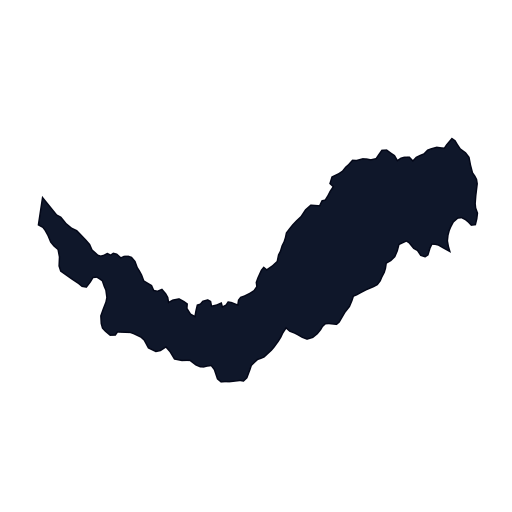 the district of Castelândia, Goiás, Brazil, rotated 3°
{"feature_id": "56859067B13965463256394", "entity_name": "Castelândia", "entity_type": "district", "adm_level": 2, "iso_a3": "BRA", "parent_name": "Brazil", "parent_adm1": "Goiás", "projection": "equal_earth", "projection_center": [-50.36, -18.152], "detail": "fine", "context": "isolated", "style": "filled", "palette": "ink", "viewbox_px": 512, "rotation_deg": 3, "n_neighbors": 0, "source": "geoboundaries", "source_scale": "gbopen_adm2", "svg_char_len": 3307}
<svg xmlns="http://www.w3.org/2000/svg" viewBox="0 0 512 512"><g transform="rotate(3 256 256)"><path d="M473.4,213.2L474.5,207.3L474.9,201.6L472.8,196.6L472.1,192.2L472.3,184.2L473.1,172.3L472.2,168.0L470.3,164.8L467.8,161.6L465.4,154.0L463.5,146.3L459.8,142.0L454.3,138.4L451.1,134.1L448.7,130.5L445.5,128.5L443.1,131.7L440.6,135.0L438.5,138.5L435.5,138.4L430.8,138.0L425.4,139.8L421.9,141.3L418.4,145.3L414.9,146.9L410.9,149.1L407.7,152.9L403.9,149.3L398.8,149.7L395.6,150.8L392.2,153.4L389.0,148.5L385.3,146.3L380.9,143.4L376.2,143.9L373.1,148.8L370.9,152.5L365.6,154.0L361.5,153.4L357.5,153.4L351.4,155.4L347.4,155.4L343.6,160.1L341.0,162.6L338.0,166.8L334.4,169.5L327.8,173.1L326.1,179.8L329.6,182.7L326.7,187.6L324.8,191.9L322.2,196.6L319.1,197.4L316.9,202.6L308.1,202.4L303.1,207.3L299.0,214.3L294.6,218.9L291.1,223.0L288.0,227.3L285.2,231.4L284.5,236.0L283.4,240.3L281.6,244.4L280.2,250.0L278.5,253.7L277.5,260.4L273.0,265.0L267.4,269.3L264.3,267.0L262.2,269.9L260.7,273.7L259.1,277.8L257.7,282.4L258.5,286.5L255.9,290.7L251.9,293.6L246.6,296.6L242.9,298.1L240.9,301.0L240.4,306.0L233.9,303.8L230.6,303.4L228.7,306.6L225.1,308.7L223.8,304.8L219.4,307.0L214.2,308.5L213.0,303.8L210.1,302.4L205.3,304.0L203.0,307.0L200.0,308.1L199.0,313.5L198.2,319.7L193.6,317.5L189.7,312.0L189.8,307.5L186.4,305.3L181.4,302.9L175.3,304.4L171.1,307.0L170.0,302.0L167.7,298.4L163.8,294.3L159.5,296.4L155.6,295.8L153.2,291.0L148.6,288.6L145.2,286.8L142.7,281.0L140.3,277.1L137.9,273.7L135.4,267.8L131.7,263.9L128.4,263.0L124.4,263.3L121.1,265.0L116.8,261.5L113.4,260.8L110.8,262.8L107.4,261.3L104.1,263.3L100.9,264.3L97.9,263.5L95.3,261.3L91.9,258.6L89.2,253.2L85.5,249.4L79.7,243.9L75.6,240.1L70.3,237.9L64.5,233.6L62.2,231.0L59.0,227.5L54.7,225.5L39.8,208.9L37.1,236.3L41.7,238.5L44.0,241.2L47.2,246.3L50.3,252.8L53.7,256.5L58.0,259.8L59.8,267.2L59.9,276.3L61.8,281.3L73.7,288.8L80.3,292.7L83.9,295.4L88.2,295.9L91.9,290.5L94.3,286.0L98.2,285.4L100.9,286.9L103.9,288.8L106.1,294.3L107.9,297.9L109.3,305.3L108.6,309.9L106.2,317.2L104.2,323.9L105.0,331.5L106.5,336.0L109.5,338.9L114.5,342.7L119.6,342.3L121.6,339.1L134.6,338.9L137.9,339.9L145.4,343.0L148.8,345.8L153.4,353.4L161.0,356.6L165.5,355.4L170.8,351.5L175.2,356.0L180.0,363.1L187.4,364.2L192.2,363.8L195.6,363.7L201.7,367.9L206.1,369.5L209.5,369.5L212.7,368.5L217.1,367.7L220.4,371.6L224.0,380.7L227.7,383.5L231.7,383.0L236.0,382.9L246.6,381.1L250.0,381.5L253.2,378.1L255.9,369.6L257.0,365.5L259.8,362.4L263.0,359.2L266.2,357.9L269.3,356.4L272.3,353.3L276.2,349.3L278.6,346.2L282.8,339.7L284.9,335.9L286.7,331.5L289.8,326.2L293.7,329.3L298.6,330.9L301.7,332.3L306.4,334.7L311.3,336.3L316.9,334.3L321.2,330.4L324.3,326.2L326.0,322.9L328.8,320.0L332.3,319.6L340.0,320.0L342.5,317.6L347.7,307.5L351.9,301.6L354.1,295.5L355.3,291.0L358.5,289.5L362.7,286.9L367.8,283.9L375.0,280.4L378.6,278.2L381.3,274.3L382.7,270.4L384.9,265.6L385.9,261.5L386.4,256.3L390.8,253.5L394.6,249.4L396.8,243.4L398.1,237.0L405.4,233.1L408.3,234.8L413.1,240.1L417.0,242.0L420.5,246.7L424.9,247.9L427.6,245.9L429.3,239.0L431.0,234.9L434.4,234.9L437.6,235.5L442.3,237.9L449.3,241.3L447.6,236.4L446.3,230.9L446.6,225.1L447.6,220.3L448.9,216.7L451.2,211.7L455.4,207.6L459.3,206.9L463.3,208.7L466.4,211.0L469.4,213.9L473.4,213.2Z" fill="#0f172a" stroke="#020617" stroke-width="1.5"/></g></svg>